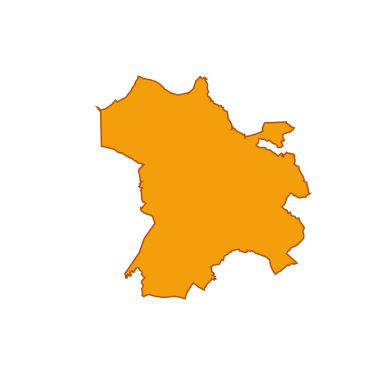 Tototlán, Jalisco, Mexico, rotated 37°
{"feature_id": "50627088B76756657646765", "entity_name": "Tototlán", "entity_type": "district", "adm_level": 2, "iso_a3": "MEX", "parent_name": "Mexico", "parent_adm1": "Jalisco", "projection": "albers", "projection_center": [-102.723, 20.538], "detail": "fine", "context": "isolated", "style": "filled", "palette": "amber", "viewbox_px": 384, "rotation_deg": 37, "n_neighbors": 0, "source": "geoboundaries", "source_scale": "gbopen_adm2", "svg_char_len": 6081}
<svg xmlns="http://www.w3.org/2000/svg" viewBox="0 0 384 384"><g transform="rotate(37 192 192)"><path d="M287.1,122.3L286.7,122.7L286.1,122.7L285.5,122.0L285.1,122.0L284.1,120.8L283.1,120.2L282.3,119.0L280.7,118.1L279.8,118.1L279.5,117.0L278.0,115.4L275.3,116.1L274.9,116.0L274.2,115.6L274.4,114.7L272.9,114.1L272.1,113.1L270.8,112.7L270.0,112.0L268.6,111.9L267.1,110.9L264.1,109.6L262.6,107.9L262.1,107.6L260.7,107.6L259.8,108.3L258.6,108.2L257.1,108.6L256.7,107.7L256.3,107.7L256.2,106.5L255.5,105.0L254.6,104.0L252.1,102.7L252.7,102.2L251.8,101.1L250.7,100.7L249.8,100.9L248.6,101.6L247.9,102.1L247.8,102.4L246.7,102.2L246.1,102.8L245.1,103.3L243.4,103.4L243.5,105.0L243.8,105.0L243.0,107.0L243.1,108.3L243.9,108.4L243.9,109.3L242.0,109.0L242.2,107.2L240.0,107.3L239.3,111.3L238.2,111.2L237.4,111.6L236.7,111.2L234.9,111.2L234.2,111.5L233.3,111.3L232.0,111.7L230.1,111.4L228.7,111.6L228.0,112.3L226.3,113.0L225.4,113.0L224.4,112.6L223.6,112.7L221.2,114.2L220.4,115.3L219.6,115.6L217.2,116.4L215.5,116.2L215.1,115.4L215.4,113.8L215.3,112.8L213.7,109.8L213.6,109.1L214.1,108.4L216.3,107.9L217.7,106.3L218.5,106.2L219.9,106.5L220.8,106.3L222.0,105.6L222.2,105.1L222.1,104.1L222.6,103.9L224.9,104.4L227.0,104.5L227.9,104.4L229.2,103.7L230.5,103.4L231.6,103.6L233.3,104.6L233.8,104.6L234.8,104.0L236.1,102.6L236.6,101.5L236.8,100.2L233.3,98.6L232.7,97.7L233.7,97.6L234.0,97.2L234.0,96.5L234.5,95.4L234.2,94.9L233.8,95.1L233.6,94.7L230.7,93.1L230.1,91.4L230.4,90.1L234.7,84.2L234.6,82.3L235.3,81.6L235.0,79.3L230.7,80.6L230.6,79.9L225.7,80.2L225.2,79.3L208.5,93.0L208.6,94.5L209.4,96.6L209.3,97.8L209.9,98.1L210.9,100.1L211.6,100.2L211.8,101.0L208.2,107.2L202.6,114.5L201.7,114.8L201.7,116.8L199.4,114.4L199.4,115.7L198.9,115.8L197.9,115.4L196.1,115.4L191.4,116.4L188.7,115.9L188.3,116.1L187.6,115.6L186.9,115.8L186.5,117.3L185.8,118.3L185.3,116.4L185.3,115.5L184.1,115.3L184.0,115.5L183.0,114.3L182.2,113.8L178.9,112.3L177.0,111.9L174.9,109.9L174.2,108.8L172.7,107.7L172.0,106.8L171.4,106.5L170.0,107.3L168.6,107.0L168.0,107.3L167.4,107.2L167.0,106.8L166.6,105.7L166.3,105.5L165.7,105.7L164.9,106.5L164.1,106.4L163.4,105.5L163.0,105.7L162.1,107.2L160.6,106.9L155.5,108.1L154.6,106.8L153.1,107.0L152.3,108.0L152.0,108.0L151.7,106.9L151.1,106.2L150.7,106.1L149.6,106.7L149.1,105.9L148.1,106.1L147.8,105.6L147.0,105.9L145.5,105.0L145.0,103.4L145.1,102.2L141.7,100.1L140.9,98.5L139.4,96.4L135.0,94.6L135.9,93.2L134.3,92.6L133.3,93.2L132.8,93.1L131.8,95.5L129.0,94.9L128.8,97.8L128.3,100.5L130.5,107.8L130.9,108.1L129.8,114.6L129.2,114.7L129.4,115.9L128.5,116.0L123.0,122.5L121.1,123.5L115.4,125.6L114.0,125.8L110.1,126.0L108.4,126.4L104.9,125.5L103.3,125.4L99.3,125.4L96.1,125.8L90.4,127.8L89.1,128.7L86.9,129.7L86.0,129.8L84.9,130.7L83.2,130.7L79.4,132.0L80.7,134.2L80.5,136.7L81.1,139.6L81.6,140.5L81.8,141.8L81.6,143.0L81.8,145.3L82.2,146.5L82.3,148.1L82.7,148.7L82.1,151.2L82.3,155.6L78.1,165.2L75.8,164.5L75.1,170.8L72.8,177.8L69.7,181.6L67.2,181.0L65.3,181.5L70.8,183.0L92.1,209.9L103.9,204.7L108.6,204.8L111.7,203.7L111.6,203.4L112.3,202.7L114.2,203.1L116.6,202.5L117.3,202.7L119.2,202.6L119.6,202.0L120.1,201.9L120.8,202.3L124.0,201.3L126.9,201.6L128.8,201.0L130.9,201.4L134.4,199.9L134.5,200.1L137.1,198.8L136.9,200.8L136.3,202.0L136.7,202.2L136.0,205.0L136.3,205.0L136.3,206.9L143.8,213.6L143.6,213.9L143.7,214.1L146.1,213.8L145.6,214.5L145.8,214.7L145.2,215.7L145.1,217.1L146.4,217.0L146.6,217.8L146.1,219.4L146.9,219.4L147.7,219.9L149.8,218.4L150.2,221.8L151.2,221.9L156.1,228.1L158.6,229.4L159.1,229.4L159.4,229.0L161.9,229.0L161.6,235.2L160.4,235.0L160.3,235.6L162.6,237.5L165.8,237.6L167.3,237.1L169.0,237.0L169.4,236.6L173.5,235.3L174.7,235.3L175.7,235.5L178.5,237.6L179.2,237.8L179.9,238.6L181.3,238.9L181.8,257.2L182.1,258.8L185.4,269.0L186.4,272.8L187.7,298.1L189.2,298.4L190.5,300.3L191.1,300.4L191.7,299.8L191.4,299.2L191.4,297.7L190.5,297.5L190.3,296.9L191.1,296.5L191.4,296.7L192.1,296.2L192.5,296.5L193.0,296.2L193.6,295.6L193.6,295.1L193.0,294.4L192.5,294.4L191.8,294.8L191.5,294.0L190.8,293.7L190.7,293.2L191.7,292.4L191.7,292.0L191.2,291.5L191.4,291.1L192.0,291.0L193.3,291.5L193.9,291.1L193.4,290.1L193.4,288.8L193.7,287.9L193.0,287.3L192.9,286.8L193.5,286.2L193.8,285.3L194.8,284.7L197.2,285.9L198.6,285.7L200.1,286.0L201.3,287.3L201.1,288.3L206.1,288.9L205.4,292.0L205.4,293.8L206.2,294.7L209.2,295.7L209.9,297.5L210.0,299.5L210.2,299.9L213.3,302.3L213.5,303.4L214.2,304.3L215.0,304.7L216.5,304.5L217.5,301.8L219.5,299.6L225.1,297.5L232.8,293.3L240.6,286.0L245.1,283.4L249.3,282.0L250.7,281.2L248.9,277.3L249.1,276.8L248.8,276.5L247.8,268.9L247.7,263.8L255.2,263.8L260.7,263.0L259.8,261.1L259.6,255.7L260.3,250.7L259.8,249.4L262.7,248.9L263.4,247.0L261.4,247.3L261.5,245.6L258.4,246.0L259.1,244.2L257.8,243.5L255.6,243.9L254.5,242.2L253.5,241.7L252.7,239.9L252.3,240.1L253.4,237.0L254.3,236.4L257.2,233.2L256.5,228.4L257.9,228.1L257.6,226.2L256.4,224.5L256.4,223.7L258.1,219.6L258.5,217.4L259.5,216.0L259.5,215.5L259.1,215.1L260.0,213.7L263.9,209.5L264.6,209.6L265.2,210.4L265.3,210.1L268.5,209.3L271.5,207.8L272.0,206.7L271.1,205.6L271.1,205.3L274.3,204.4L274.6,204.2L274.6,203.3L277.2,202.3L279.3,202.7L281.4,201.8L291.0,199.1L295.4,199.8L298.1,202.7L301.2,204.8L304.8,206.5L308.2,207.6L309.1,204.0L310.1,202.4L312.2,193.0L313.7,192.4L313.7,191.0L314.2,190.2L316.2,187.8L316.5,188.4L317.1,188.0L317.4,187.3L318.0,186.8L318.6,185.8L318.7,185.5L304.4,184.3L304.3,181.5L305.0,179.5L304.6,177.3L307.5,172.1L308.3,168.7L309.1,161.8L307.2,159.1L304.1,156.8L303.7,154.5L303.1,152.9L301.9,152.6L301.3,152.2L300.1,152.3L299.2,151.6L295.5,150.5L295.0,149.7L294.1,149.4L293.2,148.5L291.2,150.5L288.7,149.6L286.3,150.9L284.8,150.8L283.6,149.6L282.7,149.1L282.2,149.3L281.9,149.9L282.1,151.1L281.6,151.3L280.7,150.9L279.8,149.9L278.8,149.4L278.0,149.5L277.1,150.3L274.4,150.0L272.7,150.1L273.1,147.4L273.1,144.8L272.6,143.2L271.2,140.3L271.3,136.9L271.6,135.3L271.1,133.6L273.6,132.9L275.5,133.7L276.7,132.7L278.1,132.9L280.2,132.4L281.8,131.6L284.2,128.8L285.9,127.5L285.7,125.2L286.9,123.5L287.1,122.3Z" fill="#f59e0b" stroke="#b45309" stroke-width="1.5"/></g></svg>